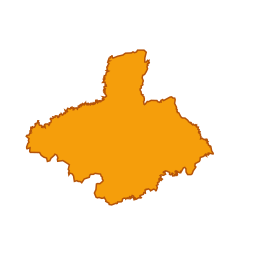 Paracatu, Minas Gerais, Brazil, rotated 26°
{"feature_id": "56859067B92126801808434", "entity_name": "Paracatu", "entity_type": "district", "adm_level": 2, "iso_a3": "BRA", "parent_name": "Brazil", "parent_adm1": "Minas Gerais", "projection": "robinson", "projection_center": [-46.879, -17.108], "detail": "fine", "context": "isolated", "style": "filled", "palette": "amber", "viewbox_px": 256, "rotation_deg": 26, "n_neighbors": 0, "source": "geoboundaries", "source_scale": "gbopen_adm2", "svg_char_len": 5818}
<svg xmlns="http://www.w3.org/2000/svg" viewBox="0 0 256 256"><g transform="rotate(26 128 128)"><path d="M129.6,204.2L131.1,204.2L132.5,203.1L135.3,202.7L136.7,201.7L137.0,200.8L140.0,202.8L140.2,203.7L143.8,203.9L144.6,205.0L147.0,204.3L150.2,200.9L151.0,200.9L151.4,200.3L151.1,199.1L154.3,197.3L154.8,196.3L154.2,194.2L155.1,192.9L156.9,192.1L157.2,192.7L158.0,191.1L159.0,191.5L159.5,189.6L160.9,190.7L161.2,189.8L160.6,189.0L162.0,189.2L162.2,188.7L161.3,187.9L161.3,186.8L162.8,186.8L164.0,188.8L164.8,188.2L164.7,187.7L165.3,187.8L165.6,188.8L166.7,188.3L168.1,186.1L170.3,185.2L170.5,184.7L168.5,184.1L168.4,183.5L170.9,180.9L170.6,179.1L172.1,178.9L170.5,176.2L171.3,175.6L171.2,175.0L172.1,174.8L172.8,173.8L174.9,173.9L175.8,174.6L177.7,171.8L178.9,171.5L180.6,172.2L180.8,171.8L180.5,168.7L178.8,167.1L179.8,165.7L178.5,164.1L179.6,162.7L178.4,160.4L180.7,160.7L181.3,158.9L179.5,158.5L178.7,159.3L179.0,157.2L177.7,156.7L178.4,155.6L180.6,155.0L182.0,153.0L180.7,152.1L180.6,151.4L179.6,152.0L179.4,153.3L179.1,151.9L180.5,150.1L181.5,149.8L184.9,149.7L185.5,151.3L186.5,151.5L187.2,150.9L187.5,149.2L188.3,149.2L188.4,150.7L189.2,151.5L191.0,150.3L190.4,149.2L191.2,147.8L192.0,148.3L191.1,148.8L191.1,149.3L192.7,149.3L193.0,148.4L190.8,145.5L193.7,145.7L194.2,145.5L194.4,144.1L195.0,144.6L195.3,139.5L196.3,138.5L197.9,139.2L199.5,142.1L202.0,143.7L205.0,142.3L205.7,141.0L205.4,137.8L206.1,133.7L206.0,133.2L204.9,133.1L204.0,130.6L206.7,126.8L206.8,125.5L205.9,122.8L208.5,120.3L208.9,118.7L210.5,118.8L209.1,117.7L209.3,117.3L211.9,117.2L212.3,116.3L211.1,115.6L211.6,115.1L215.8,114.1L215.7,113.4L213.2,111.9L210.6,108.4L209.9,108.9L209.5,108.0L208.0,108.2L206.6,106.7L205.5,106.7L205.9,105.2L203.9,105.1L205.1,103.9L204.5,104.1L203.7,103.5L201.1,105.1L199.1,104.7L198.0,105.9L197.4,103.8L196.2,102.9L195.8,101.8L193.8,101.3L194.5,100.3L194.3,99.7L193.1,100.1L192.6,98.3L191.3,98.4L190.9,96.4L189.2,97.0L188.3,95.3L187.8,96.1L187.3,95.5L186.7,96.3L185.0,96.0L185.1,96.6L184.7,96.9L182.6,96.1L182.4,95.5L181.9,95.5L181.8,96.1L180.5,96.0L178.0,94.8L174.9,94.1L172.3,95.2L170.5,94.7L167.0,92.1L165.6,92.4L165.1,91.5L164.6,91.5L164.0,89.8L163.1,89.8L162.5,88.1L159.1,85.5L158.0,81.9L156.9,80.7L155.2,81.4L153.6,80.9L152.3,81.7L148.0,87.7L146.7,87.2L145.5,88.8L146.3,90.1L145.4,90.3L145.2,91.1L143.1,91.3L142.0,90.6L136.7,93.0L134.9,95.3L133.7,95.7L133.0,99.0L132.6,99.7L131.9,99.5L130.4,97.4L130.5,96.1L129.8,94.5L128.4,92.8L126.7,92.5L126.8,91.6L125.3,91.8L123.7,89.5L122.6,89.0L121.7,87.7L122.4,86.1L121.4,84.5L122.4,82.6L121.4,81.5L121.1,78.9L118.8,76.8L118.1,74.3L119.4,72.6L119.7,69.4L119.6,66.1L118.4,64.9L118.0,63.9L118.4,62.7L117.6,62.6L117.4,61.5L118.5,60.3L118.4,59.8L117.6,59.6L117.2,58.2L116.7,58.9L116.0,58.6L115.4,60.9L114.1,61.3L112.4,57.7L111.2,51.9L108.3,51.0L102.5,53.8L102.2,56.0L100.9,57.4L99.1,57.4L98.2,59.0L92.9,61.9L91.4,64.7L87.4,67.9L84.0,71.6L83.4,71.7L81.7,69.7L82.0,70.9L80.9,71.7L81.4,72.7L80.4,73.4L80.7,76.2L81.8,75.9L81.0,76.7L80.9,77.9L82.6,78.5L82.4,81.0L82.8,81.7L82.3,82.1L82.4,82.8L83.9,84.7L83.3,85.8L85.6,85.4L84.2,87.4L84.9,90.8L83.8,91.3L84.1,93.0L84.9,93.0L84.7,93.9L85.7,94.0L85.7,94.6L84.6,95.1L85.7,96.1L85.3,98.1L87.4,97.0L88.7,99.4L89.3,98.9L90.2,99.9L88.4,101.3L89.0,102.6L90.5,102.7L90.5,103.4L89.4,104.3L89.5,104.8L91.1,104.8L91.2,105.4L90.4,106.2L91.3,106.8L92.3,106.6L92.4,107.4L94.4,108.3L94.7,108.9L93.9,110.4L91.9,111.0L92.7,111.2L92.8,112.6L93.9,112.6L93.8,113.3L92.0,115.6L92.0,116.2L91.3,116.6L90.9,115.7L89.9,116.3L90.0,117.5L89.7,118.0L89.2,117.5L89.5,118.7L88.7,118.5L87.4,116.9L86.9,117.2L87.9,120.3L87.2,121.3L86.5,120.5L86.2,121.0L85.6,120.7L85.5,121.8L86.1,122.2L85.2,122.6L83.9,121.9L83.6,122.7L83.9,123.6L81.7,123.3L81.8,123.8L81.0,123.6L80.5,124.2L81.8,124.7L80.9,125.2L79.7,124.3L79.2,124.7L78.8,124.0L78.6,126.4L77.9,126.5L77.7,125.7L77.1,126.8L76.6,126.3L76.3,128.6L75.4,127.4L74.4,129.2L75.0,129.3L75.0,130.1L74.3,130.0L74.0,131.3L74.2,133.2L72.6,132.6L71.3,133.9L71.3,135.3L70.7,135.6L70.2,133.7L68.5,135.0L68.3,134.0L67.6,134.8L67.7,136.2L65.1,136.8L65.4,138.3L64.9,138.9L66.4,139.8L66.1,140.2L63.7,139.7L65.1,141.2L65.3,142.1L65.0,142.7L64.4,142.2L63.8,142.6L63.7,144.8L63.3,145.2L61.9,144.5L62.1,145.0L61.5,144.9L60.7,145.9L61.3,147.2L60.4,147.7L61.0,148.4L60.8,149.0L60.3,149.3L59.2,148.2L57.7,148.7L57.3,149.1L57.7,150.3L55.7,150.9L56.5,151.6L56.3,152.4L54.2,153.3L54.2,154.0L55.7,154.8L56.2,156.2L56.0,157.3L55.0,157.9L55.8,159.1L55.7,160.2L54.2,159.5L52.1,160.6L51.5,161.5L53.3,163.9L51.0,163.5L50.7,164.0L51.2,164.9L50.2,165.2L49.2,163.6L47.2,164.3L46.3,163.6L45.9,162.4L44.3,161.5L44.3,160.8L43.8,161.0L44.1,162.3L45.0,162.6L42.7,164.8L42.9,165.4L43.6,165.3L43.6,168.3L42.1,169.4L41.7,168.6L41.3,168.9L41.8,170.3L40.5,170.2L41.3,172.0L42.5,173.1L42.4,173.9L40.7,173.3L41.7,174.1L42.1,175.6L42.7,175.4L42.0,176.4L42.1,177.7L40.3,179.0L40.2,180.1L43.7,181.0L43.9,182.9L45.2,184.2L44.8,185.9L45.2,189.5L45.9,190.7L46.4,191.0L48.6,188.7L49.9,192.1L50.9,192.7L59.3,188.8L62.0,190.6L65.1,191.1L68.0,190.7L70.2,193.4L72.1,191.7L72.0,189.0L73.6,185.2L73.8,183.6L75.9,183.6L78.3,185.7L78.1,186.9L79.4,188.7L83.8,185.8L91.4,186.7L92.4,191.4L94.0,192.2L94.1,194.2L95.4,196.0L95.6,194.0L98.0,193.7L100.1,195.0L103.2,199.5L105.2,197.7L106.6,197.9L108.7,197.0L110.4,197.5L111.0,193.0L114.8,189.3L114.4,187.1L114.7,186.1L117.2,184.8L118.3,183.2L123.5,181.5L125.1,183.1L126.5,183.5L127.2,185.1L128.6,185.9L128.7,186.8L127.2,190.3L124.8,191.4L124.2,192.2L126.2,197.4L126.3,201.2L129.6,204.2ZM190.8,145.5L190.2,146.6L189.7,146.8L189.4,146.2L189.9,145.6L190.8,145.5ZM74.3,130.8L74.9,130.9L74.6,131.2L74.3,130.8ZM90.4,116.0L90.7,116.4L90.5,116.7L90.4,116.0ZM165.6,188.8L164.7,189.4L164.9,189.8L165.6,189.3L165.6,188.8ZM92.8,112.6L92.3,112.2L92.1,112.7L92.3,113.2L92.8,112.6Z" fill="#f59e0b" stroke="#b45309" stroke-width="1.5"/></g></svg>